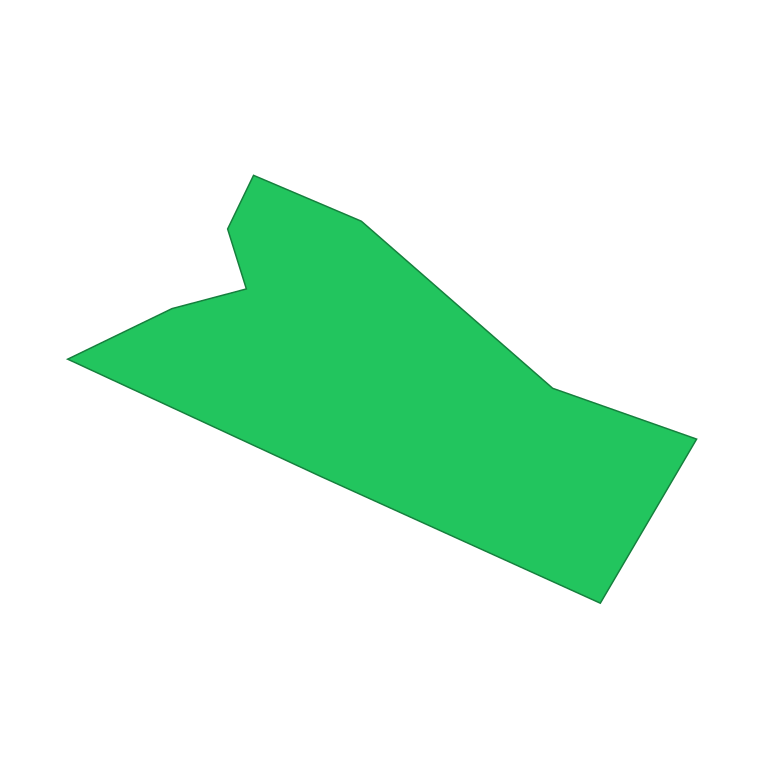 outline of Ngchesar, rotated 277°
{"feature_id": "PLW-5255", "entity_name": "Ngchesar", "entity_type": "state/province", "adm_level": 1, "iso_a3": "PLW", "parent_name": "Palau", "parent_adm1": "", "projection": "robinson", "projection_center": [134.604, 7.467], "detail": "fine", "context": "isolated", "style": "filled", "palette": "green", "viewbox_px": 768, "rotation_deg": 277, "n_neighbors": 0, "source": "natural_earth", "source_scale": "10m", "svg_char_len": 302}
<svg xmlns="http://www.w3.org/2000/svg" viewBox="0 0 768 768"><g transform="rotate(277 384 384)"><path d="M575.2,229.1L542.8,341.7L400.3,551.9L367.4,701.0L192.8,625.4L284.3,333.2L370.1,67.0L433.0,164.4L461.6,235.8L518.8,209.9L575.2,229.1Z" fill="#22c55e" stroke="#15803d" stroke-width="1.5"/></g></svg>